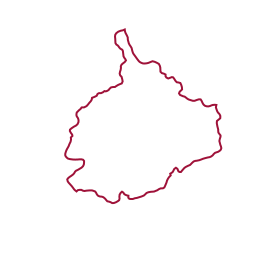 the district of Coronel Murta, Minas Gerais, Brazil, rotated 48°
{"feature_id": "56859067B86649493619329", "entity_name": "Coronel Murta", "entity_type": "district", "adm_level": 2, "iso_a3": "BRA", "parent_name": "Brazil", "parent_adm1": "Minas Gerais", "projection": "robinson", "projection_center": [-42.191, -16.603], "detail": "fine", "context": "isolated", "style": "outline", "palette": "rose", "viewbox_px": 256, "rotation_deg": 48, "n_neighbors": 0, "source": "geoboundaries", "source_scale": "gbopen_adm2", "svg_char_len": 3971}
<svg xmlns="http://www.w3.org/2000/svg" viewBox="0 0 256 256"><g transform="rotate(48 128 128)"><path d="M196.1,118.1L195.8,116.2L195.6,114.5L195.4,112.8L195.6,111.1L196.2,108.9L197.0,106.5L196.8,103.8L196.8,101.6L197.4,100.1L198.4,98.7L199.6,96.6L200.5,94.4L201.0,93.0L201.6,91.7L202.4,90.1L203.3,88.4L204.3,86.8L204.8,85.3L205.0,83.4L204.7,81.7L204.7,79.9L205.3,78.5L206.0,76.9L206.3,75.1L206.2,73.5L205.4,72.1L203.8,71.2L202.4,70.7L200.7,69.8L198.8,68.8L197.5,67.0L196.4,65.1L195.4,64.2L193.8,64.1L191.9,63.9L190.5,62.9L189.5,62.0L188.2,61.3L186.8,60.6L185.3,59.7L183.7,58.7L182.3,57.2L182.4,54.9L182.5,53.0L181.5,51.9L180.4,51.1L178.5,50.7L176.8,50.8L175.3,50.5L173.3,49.7L171.5,48.9L170.0,46.9L168.7,48.1L167.6,49.6L167.0,50.9L166.6,52.2L165.8,53.7L164.7,54.9L163.1,55.9L161.3,56.2L159.9,56.0L158.5,55.6L156.9,55.1L155.3,54.9L154.1,56.2L153.2,58.1L152.4,60.2L151.2,61.6L149.2,62.8L147.5,63.8L146.0,64.3L144.2,64.6L142.6,64.9L141.3,65.8L139.8,66.5L138.2,67.2L136.4,66.9L135.6,65.3L135.6,63.6L135.5,62.0L133.7,60.6L131.6,59.6L129.6,59.0L128.0,60.0L126.7,61.1L125.1,61.2L123.7,61.0L122.1,60.7L120.5,60.6L119.5,61.4L119.0,62.8L118.1,65.0L116.2,65.7L114.7,65.5L113.4,64.3L111.6,65.0L109.9,66.1L107.9,66.2L106.2,64.8L104.6,63.5L103.0,62.7L101.0,62.2L98.9,62.9L96.8,63.8L94.8,65.1L93.9,67.5L93.3,69.2L92.5,70.7L91.2,72.5L90.0,73.7L88.5,74.5L86.8,75.1L85.5,75.2L84.2,75.1L82.8,75.0L81.1,74.8L78.4,74.5L77.1,74.4L75.6,74.1L74.2,73.5L72.8,72.8L71.0,71.8L69.0,71.4L67.3,71.2L65.5,70.7L64.4,70.1L63.1,69.5L61.8,68.7L60.7,67.7L59.4,67.2L57.6,66.7L55.9,66.3L54.2,65.6L52.6,64.5L52.0,66.4L50.8,68.4L49.9,70.8L49.7,73.3L50.2,75.1L51.4,76.5L53.2,77.8L54.9,79.2L56.5,80.5L58.2,80.8L59.7,80.4L61.0,80.4L62.2,80.6L63.9,80.6L66.0,79.9L67.4,80.3L68.5,81.1L69.8,82.0L71.8,83.4L73.7,83.8L75.1,83.9L76.4,84.3L76.8,86.3L76.6,88.6L76.6,90.4L77.3,92.0L78.6,93.0L79.9,94.6L80.8,96.2L82.0,97.8L83.7,98.6L85.6,98.5L88.0,99.7L89.8,100.8L90.7,102.8L90.0,104.7L89.4,106.5L89.0,108.6L88.8,110.2L87.4,111.9L86.5,113.4L86.5,115.3L86.8,117.0L86.5,118.6L85.9,120.0L84.8,120.8L84.7,122.7L84.0,124.8L82.7,126.2L82.3,127.8L83.1,129.7L82.6,131.6L82.1,133.1L81.5,134.5L82.7,136.1L83.2,137.8L83.4,139.9L83.8,142.1L84.0,144.2L83.3,146.8L81.7,148.7L82.1,150.6L82.0,152.4L82.1,154.2L82.2,155.7L83.0,156.8L83.9,157.7L85.1,158.3L86.8,158.5L88.2,159.0L89.3,159.7L90.5,160.9L91.4,163.0L91.4,165.1L90.8,167.4L90.4,170.3L90.4,172.2L91.3,173.2L93.3,173.7L95.5,173.9L96.7,174.6L96.8,176.8L98.5,178.1L99.8,179.9L100.5,181.7L101.1,183.0L101.8,184.3L102.4,186.1L103.0,187.9L103.7,189.4L104.5,190.8L105.2,191.9L106.3,192.9L107.5,193.3L109.2,193.3L110.5,193.1L112.1,192.1L113.4,191.0L114.8,189.8L116.2,188.3L117.5,186.8L118.7,185.2L120.2,183.5L121.6,182.6L123.1,182.7L124.5,184.0L125.6,185.3L126.3,187.0L126.4,189.0L126.1,190.5L125.8,192.1L125.5,193.5L125.0,195.1L125.0,196.5L125.5,197.9L125.8,199.6L125.6,202.0L125.3,204.1L125.2,205.8L125.5,207.5L127.3,208.5L128.8,208.7L131.2,208.7L133.6,208.7L135.9,208.9L137.6,209.1L139.0,209.0L140.7,208.7L140.6,207.0L141.4,205.6L142.7,204.1L144.5,203.4L145.7,202.5L146.7,200.9L148.2,198.9L149.1,197.8L150.3,196.5L151.8,195.6L153.2,194.9L154.6,195.0L155.9,195.4L157.3,195.6L158.6,195.5L160.1,194.7L161.5,193.4L163.0,192.6L165.2,192.3L167.1,192.4L168.6,192.4L170.0,191.4L171.4,190.6L173.2,190.0L174.3,188.7L175.1,186.7L175.6,184.4L175.7,182.9L174.8,181.5L173.3,180.4L171.9,178.8L171.3,176.8L171.3,175.1L172.9,174.7L174.6,175.0L176.0,174.6L177.4,173.9L178.6,173.0L180.0,174.4L181.5,174.4L182.6,173.5L184.0,171.9L184.8,169.9L186.0,168.0L187.1,165.6L187.9,163.9L188.8,161.4L188.8,159.4L188.7,157.7L189.4,155.8L190.7,153.7L191.8,152.3L192.7,151.1L193.3,149.4L193.9,147.8L194.1,146.1L194.7,144.2L196.2,142.4L196.5,140.8L195.9,139.3L195.1,137.6L194.3,135.9L193.2,134.2L192.5,132.4L192.0,130.6L191.8,128.0L190.2,127.2L190.5,125.7L190.6,124.2L190.1,122.8L189.4,121.0L189.6,119.0L191.4,118.6L192.8,119.1L194.0,119.5L195.2,119.1L196.1,118.1Z" fill="none" stroke="#9f1239" stroke-width="2"/></g></svg>